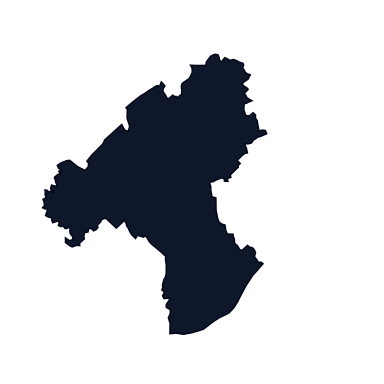 Marechal Cândido Rondon, Paraná, Brazil (orthographic projection), rotated 226°
{"feature_id": "56859067B82748474938572", "entity_name": "Marechal Cândido Rondon", "entity_type": "district", "adm_level": 2, "iso_a3": "BRA", "parent_name": "Brazil", "parent_adm1": "Paraná", "projection": "orthographic", "projection_center": [-54.123, -24.589], "detail": "fine", "context": "isolated", "style": "filled", "palette": "ink", "viewbox_px": 384, "rotation_deg": 226, "n_neighbors": 0, "source": "geoboundaries", "source_scale": "gbopen_adm2", "svg_char_len": 3761}
<svg xmlns="http://www.w3.org/2000/svg" viewBox="0 0 384 384"><g transform="rotate(226 192 192)"><path d="M234.2,310.6L235.8,315.3L239.1,313.7L241.1,313.5L246.5,315.0L247.3,317.3L249.4,318.1L252.4,316.2L255.5,315.4L258.7,313.7L260.4,310.7L262.8,310.0L265.8,309.0L265.7,306.7L265.1,304.1L266.9,303.1L270.3,305.1L272.8,306.0L275.3,304.0L276.7,299.9L276.1,295.4L275.5,292.6L273.5,289.9L279.1,283.9L284.2,279.0L281.7,278.3L279.7,277.1L277.7,274.9L276.4,271.6L275.6,268.4L276.3,264.4L276.9,260.7L276.1,258.6L274.2,256.6L272.4,255.6L269.3,252.0L270.0,250.0L269.2,247.6L271.3,247.3L272.9,245.8L275.1,245.4L275.1,242.1L275.7,239.2L278.2,239.6L281.1,240.5L282.9,240.5L285.4,241.6L286.4,243.3L287.1,246.2L289.2,246.4L292.5,246.4L291.3,243.8L290.3,241.8L292.3,241.4L293.6,238.6L293.9,235.6L294.7,232.7L295.1,230.3L295.7,226.8L296.9,221.6L298.0,210.6L298.5,203.2L296.3,202.8L290.8,197.2L289.0,196.0L286.4,194.7L283.9,193.6L282.1,192.2L280.2,188.5L282.2,186.7L285.1,187.1L287.0,187.6L289.4,188.3L289.7,178.1L290.1,165.6L288.5,161.1L288.2,145.6L287.2,137.8L284.4,137.5L282.2,134.8L281.8,130.1L289.3,127.4L299.7,126.0L301.5,123.8L304.0,117.7L304.7,113.6L302.1,112.6L298.1,113.2L299.5,110.6L296.6,109.9L297.9,107.5L298.1,103.2L295.5,101.9L293.5,100.7L289.7,99.2L291.6,97.5L294.5,95.8L293.1,93.2L290.1,91.0L291.6,88.9L293.6,89.1L295.6,87.7L293.5,86.1L292.1,84.4L289.2,83.3L290.2,79.7L287.0,78.3L284.7,76.4L284.5,73.6L281.7,74.6L280.2,76.6L278.7,74.0L276.8,70.3L273.7,71.3L271.1,73.1L268.8,71.4L266.7,70.5L265.7,72.4L264.7,74.8L262.4,75.8L260.8,72.6L258.3,73.6L257.0,75.5L253.9,75.3L252.5,77.1L252.2,79.2L250.2,78.8L248.7,76.9L246.6,75.5L242.0,75.0L240.7,72.6L242.2,70.0L246.9,69.1L243.5,65.9L238.5,66.7L235.7,67.7L233.9,71.8L231.4,74.0L233.3,75.5L233.1,82.0L235.5,83.6L237.3,86.6L235.5,89.4L237.5,92.7L235.7,94.1L232.3,94.2L231.5,97.3L231.9,99.7L233.9,100.9L234.0,105.8L235.0,107.9L233.1,111.8L218.6,112.5L218.6,117.1L218.5,123.5L215.3,122.9L212.9,121.5L209.8,120.9L207.5,120.0L203.4,118.9L201.0,119.0L197.8,119.1L198.7,122.7L193.2,125.8L193.2,127.9L190.6,128.0L186.2,126.8L182.6,126.7L173.1,127.8L164.0,128.4L161.9,126.1L159.4,124.3L157.0,122.6L155.6,120.9L154.1,119.7L151.1,116.6L149.3,113.8L148.5,110.9L147.0,108.5L145.5,106.0L143.6,104.7L142.4,102.2L140.0,102.8L138.6,101.5L137.8,98.7L134.7,97.8L132.9,100.2L131.2,102.2L129.9,100.3L129.1,95.5L126.8,93.3L123.2,94.6L120.9,93.5L119.1,90.8L118.0,87.7L112.8,85.0L105.4,77.7L101.6,82.4L98.1,85.1L95.6,87.0L90.9,94.1L88.3,99.0L87.4,100.8L85.4,105.0L84.8,110.3L83.9,117.8L82.6,124.4L81.3,128.3L80.5,130.7L79.3,134.8L79.7,141.8L81.4,148.7L83.8,155.4L87.1,165.7L89.9,177.9L90.2,183.0L91.1,193.3L93.3,193.0L95.5,190.8L97.8,191.5L102.0,191.9L104.3,195.6L106.9,196.6L110.0,196.8L111.8,195.3L115.0,194.8L115.3,187.4L117.4,186.3L121.8,187.4L124.0,187.1L126.1,187.3L128.2,189.4L131.5,191.0L133.2,192.2L135.0,190.3L137.3,188.2L140.9,189.6L145.3,192.8L148.5,191.0L151.8,190.7L155.3,192.1L159.5,194.9L162.5,196.9L171.2,205.1L174.7,203.0L176.8,204.5L180.0,206.6L183.2,209.5L185.7,210.5L186.5,212.3L184.7,214.4L184.2,216.8L181.8,222.8L179.5,224.4L177.3,222.9L174.7,225.2L177.2,226.8L175.5,230.0L177.7,231.6L177.7,242.4L179.1,243.7L179.0,246.5L183.3,246.4L183.5,253.1L182.9,257.5L181.6,259.0L183.3,260.1L185.9,261.6L190.2,263.1L188.6,264.8L187.1,266.6L186.0,268.9L186.7,272.7L186.1,274.6L185.9,277.2L184.4,279.9L182.0,286.2L185.2,287.5L187.5,285.8L189.5,282.6L191.9,284.3L194.5,285.9L198.0,288.4L201.4,289.1L203.2,291.2L206.6,291.0L206.9,286.2L209.5,283.8L215.0,286.3L219.2,290.7L217.9,293.2L217.0,296.2L216.0,298.5L219.2,297.6L221.5,297.0L227.2,298.7L226.6,300.7L226.9,303.8L229.1,303.8L232.0,303.0L234.9,303.0L235.1,306.1L234.2,310.6ZM290.1,91.0L288.8,93.1L287.5,91.6L290.1,91.0Z" fill="#0f172a" stroke="#020617" stroke-width="1.5"/></g></svg>